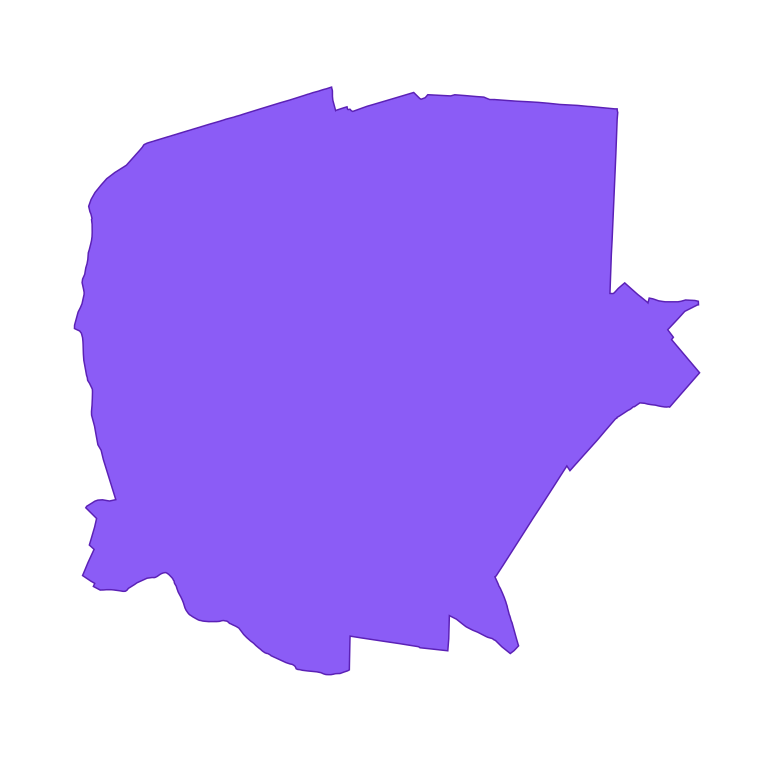 PIR, Satu Mare, Romania (Natural Earth projection), rotated 95°
{"feature_id": "2599482B75880173618768", "entity_name": "PIR", "entity_type": "district", "adm_level": 2, "iso_a3": "ROU", "parent_name": "Romania", "parent_adm1": "Satu Mare", "projection": "natural_earth1", "projection_center": [22.392, 47.465], "detail": "fine", "context": "isolated", "style": "filled", "palette": "violet", "viewbox_px": 768, "rotation_deg": 95, "n_neighbors": 0, "source": "geoboundaries", "source_scale": "gbopen_adm2", "svg_char_len": 5477}
<svg xmlns="http://www.w3.org/2000/svg" viewBox="0 0 768 768"><g transform="rotate(95 384 384)"><path d="M611.0,655.9L614.0,648.8L613.6,645.4L613.1,642.5L612.8,639.2L612.7,637.7L612.7,635.7L613.0,629.3L613.3,625.9L613.2,624.8L613.0,623.7L612.5,622.9L611.7,622.0L611.1,621.6L610.3,621.1L609.9,620.9L609.4,620.2L605.4,614.9L603.6,612.8L598.1,603.1L597.0,598.2L596.9,596.3L596.8,595.6L596.5,594.9L595.6,593.4L594.8,592.4L594.1,591.6L593.3,590.6L592.8,590.0L592.0,588.6L591.3,587.0L591.0,585.6L590.9,584.9L591.3,583.8L592.4,581.9L593.9,580.1L595.7,578.1L596.5,577.4L596.9,577.2L597.7,576.7L598.4,576.1L598.8,575.8L599.7,575.7L601.0,575.2L603.3,573.5L604.2,573.1L605.9,572.4L607.0,571.9L607.6,571.6L609.0,571.0L611.5,569.4L613.9,567.8L616.1,566.5L617.4,565.8L619.2,564.9L620.6,564.3L623.1,563.3L624.5,562.7L625.7,562.0L626.7,561.4L628.1,560.2L629.1,559.4L630.2,558.3L630.6,557.8L631.1,557.0L631.4,556.3L631.7,555.8L632.6,554.2L634.3,550.5L635.0,548.9L635.5,547.4L635.6,545.8L635.9,544.2L636.0,542.2L636.0,540.9L636.0,539.4L636.0,537.9L635.8,535.9L635.6,533.6L635.4,531.8L635.3,530.4L635.1,528.9L634.8,527.2L634.3,525.9L633.9,524.9L633.6,523.1L633.8,521.7L633.9,519.9L634.4,519.0L634.9,518.2L635.9,517.1L636.4,515.4L637.2,513.5L637.7,512.0L638.3,510.4L639.1,508.7L639.8,507.3L644.1,503.4L645.7,502.0L648.6,498.6L651.7,494.4L652.8,492.6L653.6,491.3L654.1,490.7L655.7,488.8L658.3,485.1L659.0,483.9L659.7,483.1L660.7,481.7L662.1,479.2L662.6,477.4L662.7,476.1L663.9,473.6L664.6,472.7L665.1,471.2L665.6,469.9L670.1,457.3L671.1,453.1L671.3,451.0L672.1,449.3L673.1,447.9L675.4,446.6L675.9,445.0L675.9,443.0L676.3,440.4L676.4,437.7L676.5,435.0L676.6,425.8L677.1,421.6L678.0,419.0L678.5,416.6L678.4,414.1L678.2,411.6L677.6,409.4L676.9,407.4L676.6,405.6L676.2,402.5L674.5,398.9L672.9,395.2L671.8,393.6L666.2,394.0L642.3,395.6L638.1,395.8L638.9,384.9L640.2,364.0L641.3,345.7L642.7,326.6L643.6,325.2L643.8,314.8L644.2,297.2L632.2,297.3L609.0,298.7L612.0,291.3L616.1,285.1L618.5,281.4L619.1,280.1L621.5,274.2L623.1,269.0L626.6,260.5L627.3,258.5L628.2,253.8L629.1,252.5L629.8,250.6L635.5,243.7L641.5,234.7L638.3,231.2L636.3,229.6L633.1,227.1L631.7,227.7L625.8,230.0L611.6,235.3L610.3,235.8L609.3,236.4L608.0,237.0L605.7,237.8L604.0,238.5L602.7,239.2L601.2,239.7L595.9,241.6L594.7,241.9L591.9,243.1L590.3,243.7L588.8,244.4L587.3,245.1L586.2,245.6L581.8,247.9L577.5,250.3L575.1,252.0L573.5,252.7L566.4,256.7L565.9,256.0L565.1,255.4L553.3,249.1L534.9,239.5L516.7,230.0L505.1,224.0L493.2,217.6L468.0,204.3L460.3,200.3L449.7,194.7L454.1,191.2L448.2,186.8L438.3,179.4L421.0,166.4L411.8,159.9L398.6,150.4L397.5,148.9L397.0,149.0L395.4,146.7L390.1,140.0L388.7,138.2L388.2,137.2L387.0,135.7L385.0,133.7L384.8,133.1L384.8,132.6L380.5,127.4L380.5,122.7L381.0,119.7L381.3,116.1L381.4,111.8L381.9,108.7L382.2,105.9L382.4,102.5L382.3,100.3L381.9,98.6L382.1,97.4L369.4,88.2L345.3,70.6L314.7,101.4L312.2,99.8L305.2,106.1L295.2,98.2L285.4,90.7L278.0,78.8L277.7,77.6L274.2,78.1L273.7,81.6L274.0,89.4L274.0,90.8L275.7,95.3L276.5,98.4L277.6,110.9L277.5,113.5L277.2,117.7L276.3,121.2L275.7,123.7L275.3,127.3L280.2,128.1L279.7,128.6L275.9,134.2L272.8,138.9L267.1,146.6L262.3,153.0L265.2,155.9L268.4,159.0L271.6,161.4L273.2,162.7L273.9,163.6L274.1,166.1L274.1,166.8L235.3,168.8L220.9,169.3L184.2,170.9L134.1,173.1L100.0,174.8L93.1,174.8L92.7,175.0L91.1,175.5L89.6,175.7L89.8,178.0L89.7,192.2L89.6,201.5L89.7,205.0L89.6,215.2L90.2,233.3L90.0,244.9L90.0,254.8L90.3,265.9L90.7,276.9L91.0,296.2L91.0,298.6L91.4,303.5L90.5,306.5L89.5,309.5L89.6,317.3L89.6,328.0L89.7,338.7L91.2,342.7L92.0,365.6L95.2,367.9L97.1,371.9L96.4,373.3L91.0,379.8L99.9,402.3L107.1,420.6L108.7,424.8L115.2,438.9L114.6,440.4L114.1,441.0L113.4,441.5L113.3,442.2L113.6,442.8L113.7,443.8L113.3,444.3L112.1,444.7L111.1,445.0L111.6,446.3L112.4,448.3L115.5,455.5L115.9,456.0L105.8,459.7L102.1,460.4L96.8,460.9L95.8,461.1L94.5,461.6L93.2,462.0L92.8,462.1L93.1,462.9L94.1,465.2L95.0,467.3L95.7,469.4L96.7,471.9L97.9,474.6L99.5,479.0L99.9,480.1L101.6,484.0L102.0,485.2L102.6,486.6L103.4,488.4L109.4,502.8L112.9,511.9L120.8,531.4L125.5,542.9L127.5,547.8L128.7,550.5L129.7,553.1L130.0,554.0L130.6,555.4L131.1,556.5L132.1,559.3L133.4,562.9L133.7,563.7L133.8,564.1L135.4,567.7L135.7,568.6L136.3,569.9L138.0,574.3L140.5,580.8L149.7,603.7L157.2,622.4L159.5,628.1L164.0,639.3L164.7,641.0L165.7,642.6L166.1,643.4L166.7,644.1L168.6,645.1L169.2,645.4L169.9,645.9L173.4,648.4L176.3,650.6L186.5,658.2L187.6,659.0L188.6,659.8L196.7,670.5L203.6,678.1L210.2,683.0L218.3,688.5L222.0,690.2L225.7,691.9L232.7,693.7L237.9,692.0L240.2,690.8L244.6,689.3L245.6,689.7L250.3,688.7L258.6,687.9L262.7,687.7L264.8,687.8L266.8,687.9L270.3,688.4L275.9,689.3L279.0,690.0L285.6,689.9L290.0,690.3L294.3,691.2L300.8,691.7L305.7,693.4L309.3,693.6L316.0,691.5L318.9,690.7L321.0,690.6L326.2,691.3L330.3,691.8L334.3,693.1L339.0,695.0L352.3,697.4L355.7,697.2L356.4,695.4L357.7,691.8L359.8,689.9L362.5,688.9L364.2,688.3L368.0,687.6L370.9,687.2L380.3,686.1L386.6,685.1L397.9,682.0L401.2,681.1L403.6,680.1L406.0,679.6L406.8,679.1L408.9,677.5L409.0,677.4L410.2,676.7L414.2,674.3L415.0,674.0L417.4,673.7L423.9,673.3L430.4,673.0L436.9,673.0L440.5,672.6L451.2,668.7L459.4,666.5L469.5,663.7L474.7,660.0L483.7,657.0L522.6,641.1L524.5,647.3L523.9,654.3L524.6,658.9L525.9,661.8L528.2,664.8L531.7,669.5L533.3,670.3L543.0,658.6L551.7,659.8L563.2,662.1L570.1,663.5L574.0,658.4L587.9,663.4L595.2,665.7L601.1,667.6L606.0,658.7L607.8,654.8L611.0,655.9Z" fill="#8b5cf6" stroke="#5b21b6" stroke-width="1.5"/></g></svg>